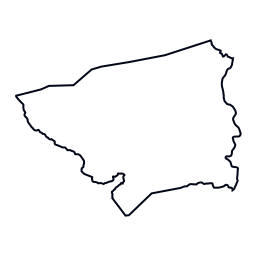 the district of Oropoli, El Paraíso, Honduras
{"feature_id": "27666195B15040698792339", "entity_name": "Oropoli", "entity_type": "district", "adm_level": 2, "iso_a3": "HND", "parent_name": "Honduras", "parent_adm1": "El Paraíso", "projection": "mercator", "projection_center": [-86.83, 13.815], "detail": "fine", "context": "isolated", "style": "outline", "palette": "ink", "viewbox_px": 256, "rotation_deg": 0, "n_neighbors": 0, "source": "geoboundaries", "source_scale": "gbopen_adm2", "svg_char_len": 5770}
<svg xmlns="http://www.w3.org/2000/svg" viewBox="0 0 256 256"><path d="M129.5,62.0L101.4,66.6L91.6,69.5L73.5,85.2L49.0,85.9L40.7,89.5L15.4,95.9L15.8,96.0L17.0,97.7L18.6,99.6L20.9,102.1L22.8,103.9L23.3,104.5L23.4,104.8L23.5,105.1L23.3,106.8L23.4,107.5L23.5,108.6L23.7,109.7L23.9,110.4L24.8,111.7L25.1,112.2L25.2,112.6L25.2,112.9L25.1,113.2L24.7,113.8L24.6,114.2L24.5,114.8L24.5,115.2L24.8,115.8L25.3,116.5L26.3,117.5L27.0,118.3L27.3,119.0L27.6,119.7L27.7,120.4L27.7,121.1L28.2,122.2L28.8,123.2L31.7,127.2L32.1,127.6L32.5,127.8L33.7,129.4L34.2,129.8L34.6,130.1L35.0,130.3L35.7,130.5L36.5,130.5L37.0,130.4L37.6,130.1L38.1,129.9L38.4,129.9L38.6,130.0L39.1,130.5L39.6,131.5L39.9,131.9L40.2,132.2L40.4,132.4L41.7,132.7L42.6,133.7L42.9,133.9L44.0,134.0L44.4,134.2L44.7,134.4L45.1,134.7L45.3,135.0L46.1,136.6L46.6,136.9L47.1,137.2L47.5,137.5L48.0,137.7L48.2,137.9L48.3,138.2L48.9,138.7L49.7,139.2L50.3,139.4L51.0,139.5L51.3,139.2L51.7,139.3L52.7,140.0L53.9,140.9L54.4,141.1L54.6,141.3L54.7,141.6L54.7,142.9L54.8,143.8L55.0,144.2L55.4,144.5L55.8,144.7L56.5,145.0L57.8,145.3L58.6,145.8L59.9,146.2L62.3,147.3L63.0,147.5L64.2,147.4L65.0,147.5L65.4,147.8L66.4,148.8L67.5,150.2L68.8,150.1L70.2,150.1L70.4,150.2L71.0,150.6L71.9,151.0L73.2,151.3L73.9,151.7L74.4,152.2L74.6,152.6L74.9,153.3L75.0,153.9L75.2,154.1L75.5,154.2L75.8,154.3L77.7,154.2L78.4,154.3L79.1,154.7L80.2,155.5L80.8,156.1L81.9,157.8L82.4,158.3L83.2,159.6L83.8,160.6L84.0,161.1L84.0,161.6L84.1,163.5L83.8,164.2L83.5,165.0L83.4,166.8L83.1,167.2L82.0,168.1L81.7,168.6L81.6,169.1L81.6,171.3L82.3,172.0L83.1,172.9L84.2,173.9L84.5,174.0L85.2,174.3L91.5,176.8L92.2,177.1L92.3,177.2L92.3,177.4L92.0,178.5L92.0,178.8L92.2,179.5L92.4,181.0L92.5,181.2L92.7,181.4L93.8,181.9L95.3,182.0L96.3,182.2L97.5,182.7L98.2,183.3L98.9,183.2L100.3,183.1L100.8,183.1L101.6,183.2L102.4,183.5L103.0,183.7L103.5,183.9L103.6,184.0L105.1,183.1L106.0,182.9L107.1,182.6L109.4,181.6L111.7,181.2L112.5,180.7L112.9,180.4L113.2,180.0L113.4,179.6L113.5,179.3L113.5,178.6L113.2,177.7L113.0,177.0L113.0,176.8L113.0,176.6L113.5,176.4L113.9,176.5L114.5,176.8L115.0,176.8L115.3,176.7L116.2,176.0L117.5,175.2L117.7,174.6L117.9,173.8L118.0,173.6L118.2,173.4L118.5,173.4L119.1,173.6L119.8,173.7L121.5,173.5L122.1,173.6L123.0,173.8L124.4,174.8L124.5,174.9L124.5,175.0L124.1,175.3L123.6,176.1L123.4,176.7L123.3,177.1L123.3,177.7L123.6,178.7L123.6,179.5L124.0,180.4L124.1,180.9L123.9,181.3L123.1,182.3L123.0,182.6L122.8,183.2L122.7,183.5L121.6,183.1L121.2,183.0L120.8,183.4L120.9,183.8L120.7,184.2L120.5,184.4L119.2,184.9L117.6,186.5L117.1,186.8L116.6,187.0L116.3,187.2L115.8,187.7L115.5,188.2L115.2,188.5L115.1,188.9L115.1,189.0L114.6,189.4L113.9,189.9L113.5,190.5L113.1,190.9L112.0,191.7L111.9,192.0L111.9,192.8L112.3,193.6L112.5,194.2L112.5,194.5L112.3,195.1L112.4,195.9L112.3,196.4L112.3,196.7L112.4,197.3L112.6,197.7L112.3,198.1L125.5,215.6L128.9,215.2L151.6,193.4L180.6,187.9L181.1,187.7L183.1,186.9L185.0,186.3L185.3,186.3L186.1,186.3L187.0,186.3L187.2,186.1L188.0,185.5L189.2,184.6L189.7,184.3L190.2,184.2L190.8,184.1L191.4,184.1L193.5,184.3L195.2,184.3L195.8,184.4L196.2,184.5L196.9,184.0L197.5,183.4L198.0,183.1L199.4,182.6L200.2,182.5L200.8,182.4L201.3,182.4L201.8,182.6L202.4,182.9L203.5,183.7L204.1,184.0L204.8,183.9L206.2,183.5L207.2,183.6L211.0,183.2L211.7,183.2L212.2,183.4L212.4,183.5L212.5,183.7L212.9,185.5L213.3,186.4L213.9,187.5L214.2,187.7L214.5,187.7L217.4,187.7L219.0,187.6L219.9,187.4L221.8,186.9L223.7,186.3L224.6,185.7L225.2,185.1L225.5,184.9L226.1,184.8L226.7,184.9L227.3,185.1L227.8,185.5L228.3,186.3L228.4,187.0L228.7,187.3L229.4,187.5L230.2,187.5L230.6,187.6L231.7,187.9L232.1,188.5L232.3,188.8L232.4,189.1L232.5,190.3L232.9,190.0L233.6,189.5L233.8,189.2L234.2,188.7L235.2,186.5L235.8,185.4L236.7,183.0L237.4,181.4L237.6,180.9L237.6,180.4L237.4,179.8L237.2,179.2L237.1,178.6L237.1,178.2L237.2,177.0L237.5,174.7L237.7,170.2L238.0,168.9L237.9,168.3L237.8,168.0L237.4,167.7L236.2,167.2L232.5,166.7L232.1,166.5L231.7,166.0L231.4,165.2L230.4,161.8L228.2,159.8L225.9,158.4L225.7,158.1L225.6,157.5L225.7,157.2L225.9,156.9L226.1,156.6L226.4,156.4L226.7,156.3L228.6,156.4L229.3,156.4L230.6,155.9L230.9,155.6L231.2,155.5L231.5,154.8L231.8,153.6L232.0,152.0L232.0,151.2L232.1,150.9L232.4,150.4L234.1,148.0L234.6,147.2L235.0,146.3L235.2,145.5L235.2,145.1L235.2,144.7L234.7,143.5L234.1,142.3L233.3,140.4L233.2,139.6L233.2,139.1L232.9,138.6L232.8,138.3L232.8,137.9L232.9,137.5L233.1,137.2L233.4,136.9L234.0,136.7L235.3,136.6L238.4,136.5L239.2,136.3L239.6,136.0L240.3,135.0L240.6,134.3L240.6,133.6L240.4,132.7L240.0,131.4L239.2,129.1L238.6,127.8L238.0,127.1L235.9,125.3L235.2,124.5L234.8,123.8L234.3,122.8L233.5,120.8L233.2,120.0L233.1,119.4L233.1,118.9L233.1,118.5L233.3,118.0L233.9,116.9L235.6,114.3L235.8,113.8L235.9,113.0L235.7,112.0L235.5,111.1L235.0,110.0L233.2,107.2L232.8,106.7L231.7,105.8L229.9,104.7L228.4,104.4L226.9,103.9L226.3,103.1L225.2,101.9L224.7,101.2L224.4,100.5L224.1,99.4L223.7,97.8L223.7,97.1L223.8,96.0L223.2,91.4L222.6,88.8L222.0,86.5L221.9,85.1L221.8,83.6L221.8,82.7L222.2,80.5L222.4,79.2L222.7,78.4L223.1,77.7L224.7,75.8L225.1,75.3L225.4,74.7L225.9,73.7L226.9,70.5L227.4,69.6L227.6,69.3L227.9,69.0L229.4,68.4L230.0,68.1L230.4,67.8L230.7,67.4L231.0,66.8L231.7,65.5L232.0,64.6L232.2,63.1L232.7,60.7L233.0,58.3L232.3,58.5L232.0,58.5L229.1,57.0L228.6,56.9L228.1,56.7L227.8,56.6L227.6,56.2L227.3,55.4L227.0,54.9L226.6,54.5L226.2,54.3L225.9,54.3L223.8,56.4L223.4,56.6L223.2,56.6L222.8,56.3L222.7,55.9L222.2,54.5L221.8,53.8L221.4,53.5L220.3,53.1L220.0,52.8L220.0,52.6L220.1,52.3L220.7,51.2L220.8,50.9L220.7,50.7L220.1,50.4L218.6,49.9L216.0,49.0L215.4,48.6L214.4,47.6L213.4,46.5L211.8,44.5L211.7,44.0L211.6,43.1L211.6,42.6L211.3,41.9L210.9,41.1L210.7,40.4L165.0,55.2L129.5,62.0Z" fill="none" stroke="#020617" stroke-width="2"/></svg>